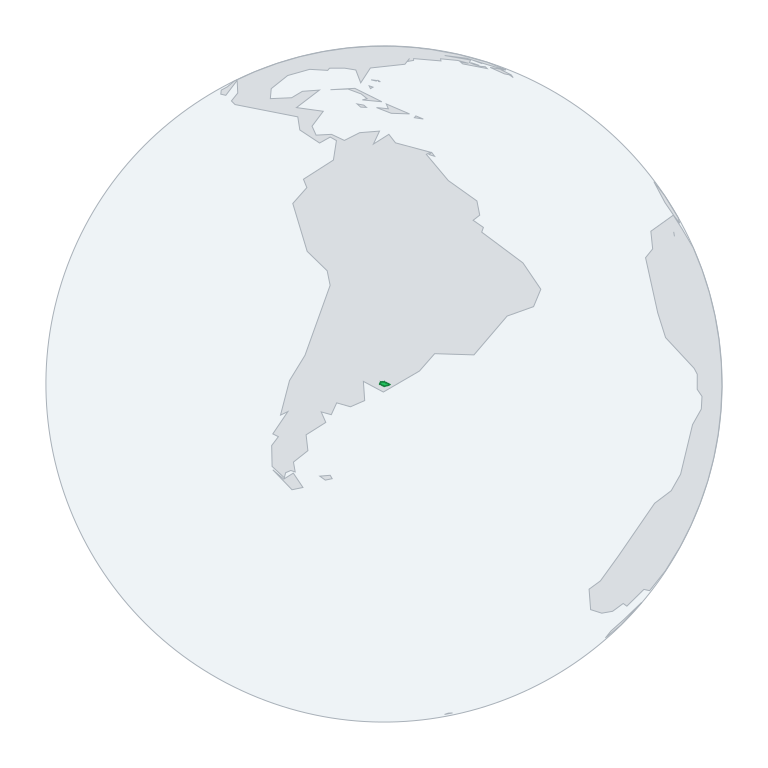 Treinta y Tres highlighted on a globe, orthographic projection, rotated 22°
{"feature_id": "URY-16", "entity_name": "Treinta y Tres", "entity_type": "Department", "adm_level": 1, "iso_a3": "URY", "parent_name": "Uruguay", "parent_adm1": "", "projection": "orthographic", "projection_center": [-54.31, -33.085], "detail": "fine", "context": "on_globe", "style": "filled", "palette": "green", "viewbox_px": 768, "rotation_deg": 22, "n_neighbors": 0, "source": "natural_earth", "source_scale": "10m", "svg_char_len": 4463}
<svg xmlns="http://www.w3.org/2000/svg" viewBox="0 0 768 768"><g transform="rotate(22 384 384)"><circle cx="384" cy="384" r="338" fill="#eef3f6" stroke="#a8b0b8"/><path d="M290.4,59.3L289.7,59.5L292.5,59.1L299.5,57.0L299.7,56.8L329.2,50.6L359.1,47.0L359.6,47.0L378.9,46.8L379.0,47.3L362.4,49.0L338.7,51.0L317.2,56.7L342.9,51.2L342.8,53.9L347.7,54.0L354.5,53.3L359.1,51.9L361.5,52.9L337.0,57.7L334.5,56.8L342.2,55.0L331.1,56.4L314.6,61.3L315.8,63.1L289.6,71.2L290.2,72.9L284.8,76.2L285.7,72.6L283.6,79.7L253.0,96.1L249.6,113.5L240.2,103.4L229.2,105.9L215.2,111.6L214.3,114.3L197.2,120.1L179.1,134.1L168.8,152.4L171.7,162.0L191.1,153.2L198.7,143.2L214.0,135.7L199.3,160.5L225.5,153.9L220.7,171.9L227.8,178.7L241.8,172.2L256.0,173.0L267.3,160.1L285.1,151.2L284.3,165.5L295.0,150.7L304.3,156.1L340.3,151.7L337.2,155.2L367.4,171.3L401.6,179.5L409.5,191.6L405.3,198.8L417.5,201.6L417.7,206.6L467.5,219.7L493.9,237.4L493.7,256.2L472.7,274.9L456.5,323.3L419.6,336.9L412.0,358.7L386.4,391.7L363.9,389.3L372.3,406.6L361.4,417.7L347.2,419.2L346.6,432.2L336.2,433.4L344.4,441.4L330.8,460.3L338.4,474.3L329.3,490.3L334.6,498.8L330.0,499.1L326.0,503.1L326.7,508.3L311.1,502.3L302.9,483.1L305.8,472.4L299.6,471.9L305.2,445.6L299.7,451.6L295.1,416.2L300.0,387.0L297.1,312.7L288.9,300.3L263.1,289.8L231.8,250.8L238.9,230.8L232.6,224.3L253.2,195.3L248.7,176.1L241.6,175.2L234.0,184.7L210.8,180.0L204.0,168.6L141.2,180.7L136.5,178.7L139.4,169.0L134.1,157.5L129.2,175.6L124.1,176.4L123.0,172.5L127.4,167.2L131.6,159.4L130.6,160.4L147.1,143.0L164.8,126.8L183.5,112.0L203.3,98.5L224.0,86.4L245.5,75.8L267.6,66.8L290.4,59.3ZM246.2,120.8L276.3,123.1L257.5,128.7L261.4,125.8L254.2,123.6L240.1,124.0L224.1,131.2L246.2,120.8ZM263.4,106.0L258.1,106.8L263.6,105.3L263.4,106.0ZM338.3,516.5L313.0,505.2L326.7,509.7L333.3,500.6L347.6,510.3L338.3,516.5ZM359.0,493.5L368.3,488.8L371.4,491.2L365.6,495.1L359.0,493.5ZM594.4,119.6L598.0,124.1L590.3,119.7L576.5,110.5L558.4,95.3L574.0,104.5L594.4,119.6ZM719.5,424.0L714.8,452.0L707.7,476.1L701.9,477.1L692.4,499.0L688.0,497.9L681.1,509.1L671.8,514.9L660.1,515.8L651.0,497.4L658.4,485.5L665.8,455.5L679.6,393.2L690.3,375.3L692.8,356.5L685.3,306.1L687.6,288.4L683.5,276.4L676.4,271.6L670.8,257.6L665.7,253.3L627.7,235.5L611.1,215.4L579.2,168.9L582.5,158.1L574.2,142.4L589.0,119.1L602.1,128.4L619.7,141.9L636.2,159.1L651.4,177.4L665.3,196.8L677.8,217.1L688.9,238.3L698.4,260.1L706.3,282.6L712.7,305.6L717.4,328.9L720.5,352.6L721.8,376.4L721.5,400.2L719.5,424.0ZM595.6,134.4L598.0,138.3L595.6,134.4ZM341.4,151.4L345.6,153.9L339.8,154.4L341.4,151.4ZM254.1,134.4L260.8,133.0L264.1,134.1L258.7,136.0L254.1,134.4ZM313.1,123.5L321.2,123.6L312.4,125.7L313.1,123.5ZM281.2,123.5L306.5,124.0L289.3,130.3L273.5,130.5L284.9,127.2L281.2,123.5ZM258.5,113.1L262.6,112.9L260.8,115.2L258.5,113.1ZM267.4,105.1L265.7,105.6L264.1,104.6L267.4,105.1ZM344.2,53.6L346.2,53.3L352.8,52.9L349.0,53.7L344.2,53.6ZM386.0,49.7L389.0,51.5L384.3,50.4L379.6,51.3L363.8,50.7L378.3,47.6L374.5,48.8L386.0,49.7ZM346.8,50.3L355.1,50.2L345.4,50.5L346.8,50.3ZM570.8,663.3L563.9,667.7L566.9,665.1L570.8,663.3ZM693.9,518.7L684.4,536.5L687.0,527.9L694.5,512.8L704.7,490.0L704.4,491.3L693.9,518.7Z" fill="#d9dde1" stroke="#a8b0b8" stroke-width="1"/><path d="M389.6,382.3L389.5,382.5L389.1,382.7L389.0,382.9L389.0,383.0L388.9,383.2L388.9,383.3L388.3,383.8L388.1,383.9L387.9,384.1L387.4,384.4L387.1,384.5L386.7,384.6L386.6,384.8L386.5,385.0L386.4,385.0L386.2,385.1L386.0,385.4L385.9,385.4L385.8,385.5L385.7,385.5L385.6,385.8L385.4,386.0L385.2,386.1L384.9,386.2L384.7,386.1L384.4,386.0L384.3,385.9L384.2,385.7L383.8,385.6L383.6,385.7L383.5,385.8L383.4,385.9L383.4,386.0L383.1,386.1L382.7,386.0L382.6,385.9L382.2,385.9L381.8,385.7L381.7,385.6L381.4,385.5L381.1,385.7L380.9,385.7L380.7,385.6L380.3,385.6L380.2,385.6L380.0,385.8L379.9,385.6L379.9,385.4L380.0,385.4L380.1,385.1L380.1,384.7L380.0,384.2L380.4,383.9L380.5,383.8L380.5,383.7L380.5,383.4L380.4,383.3L380.5,383.3L380.5,383.2L380.8,383.0L381.0,382.9L381.2,382.7L381.5,382.5L381.8,382.5L382.1,382.4L382.3,382.4L382.4,382.5L382.5,382.5L382.6,382.4L382.8,382.2L382.8,382.3L383.0,382.2L383.5,382.0L383.8,381.8L384.0,381.8L384.3,381.9L384.4,382.0L384.5,382.0L384.8,382.1L385.2,382.3L385.3,382.3L385.4,382.2L385.5,381.9L385.8,381.8L386.2,382.1L386.3,382.1L387.2,382.1L387.4,382.1L387.5,382.1L388.0,382.0L388.3,382.2L388.5,382.2L388.5,382.3L388.8,382.2L389.0,382.2L389.6,382.3L389.6,382.3Z" fill="#22c55e" stroke="#15803d" stroke-width="1.5"/></g></svg>